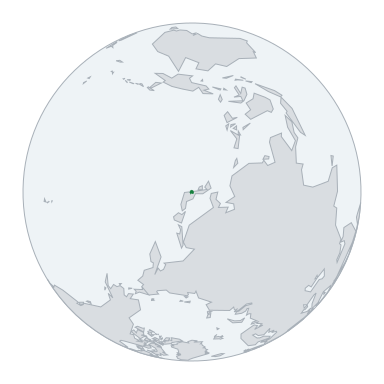 the Earth from above Aichi, rotated 181°
{"feature_id": "JPN-1840", "entity_name": "Aichi", "entity_type": "Prefecture", "adm_level": 1, "iso_a3": "JPN", "parent_name": "Japan", "parent_adm1": "", "projection": "orthographic", "projection_center": [137.132, 34.981], "detail": "fine", "context": "on_globe", "style": "filled", "palette": "green", "viewbox_px": 384, "rotation_deg": 181, "n_neighbors": 0, "source": "natural_earth", "source_scale": "10m", "svg_char_len": 11834}
<svg xmlns="http://www.w3.org/2000/svg" viewBox="0 0 384 384"><g transform="rotate(181 192 192)"><circle cx="192" cy="192" r="169" fill="#eef3f6" stroke="#a8b0b8"/><path d="M302.5,298.5L302.4,299.3L302.2,299.5L302.5,298.5ZM330.3,94.9L328.5,93.5L332.2,97.8L335.2,102.4L334.4,101.4L332.6,98.5L328.4,94.7L327.9,96.5L319.4,91.6L303.5,79.6L305.2,78.8L301.2,76.5L298.8,77.5L298.2,78.9L281.2,75.5L271.7,82.7L274.0,89.2L269.3,84.8L277.2,100.6L275.5,109.2L274.2,97.0L271.6,93.9L268.8,98.2L265.4,96.1L262.2,97.1L258.5,94.3L258.0,87.9L255.6,86.1L253.7,89.3L248.9,88.9L251.9,84.3L243.7,83.2L241.4,73.3L252.7,65.1L248.3,58.8L251.4,49.1L247.9,48.3L246.8,44.8L242.4,42.7L244.3,41.9L239.1,41.1L238.3,42.3L235.8,42.4L233.1,41.4L235.0,40.1L236.6,40.4L235.8,39.5L237.8,39.3L235.3,38.9L237.9,37.6L231.4,37.5L230.1,35.4L232.9,35.0L237.8,36.8L256.2,41.6L260.5,42.5L261.7,41.6L253.3,35.6L255.9,36.2L255.8,35.7L252.0,34.3L250.8,34.3L243.7,32.1L243.0,32.8L240.0,32.2L237.3,32.7L232.2,30.8L228.8,29.0L230.8,28.7L229.3,28.0L222.9,27.2L222.4,26.0L216.7,24.9L229.0,27.1L241.0,30.3L252.8,34.4L264.3,39.3L275.3,45.0L285.9,51.6L296.0,58.9L305.6,66.9L314.5,75.6L322.7,85.0L330.3,94.9ZM339.3,182.7L337.9,179.5L339.7,179.9L339.3,182.7ZM336.4,178.8L337.0,179.6L336.3,179.1L336.4,178.8ZM335.5,179.2L336.1,178.9L335.5,179.6L335.5,179.2ZM334.4,180.2L334.9,179.5L334.4,180.2ZM332.2,180.6L331.6,180.7L332.0,179.7L332.2,180.6ZM298.5,79.9L299.1,77.8L302.4,77.9L302.4,79.8L298.5,79.9ZM291.7,80.6L291.0,78.7L295.6,80.9L294.5,81.3L291.7,80.6ZM276.4,94.6L277.5,92.3L277.5,95.4L276.4,94.6ZM262.4,97.8L263.1,99.2L261.1,99.2L262.4,97.8ZM240.3,33.7L238.8,33.2L240.1,33.3L240.3,33.7ZM240.4,34.5L242.9,35.0L243.4,35.5L241.8,35.2L240.4,34.5ZM253.6,95.0L250.1,94.7L253.6,93.8L253.6,95.0ZM237.3,33.7L243.9,36.3L244.6,37.2L239.4,36.7L237.3,33.7ZM248.1,93.8L239.7,93.6L240.6,96.6L233.3,88.3L242.8,91.0L246.9,89.3L246.1,91.8L248.1,93.8ZM239.2,43.1L240.0,41.8L241.8,43.8L239.2,43.1ZM241.0,44.4L250.3,51.3L247.8,53.1L245.2,50.2L244.0,53.5L238.2,50.9L237.6,48.6L240.3,47.9L236.0,47.5L241.0,44.4ZM230.5,83.9L228.5,83.1L230.6,82.8L230.5,83.9ZM234.9,42.6L237.0,43.7L235.0,45.3L230.5,43.4L232.6,43.4L234.9,42.6ZM246.5,55.8L244.2,56.8L238.9,54.9L237.3,55.1L237.9,51.1L246.5,55.8ZM231.7,42.6L228.2,42.4L226.7,40.9L232.8,41.7L231.7,42.6ZM236.4,46.5L235.3,47.2L234.4,46.2L236.4,46.5ZM219.5,35.9L222.0,36.9L221.2,37.7L219.5,35.9ZM227.0,42.4L227.6,43.0L227.5,43.5L225.0,43.1L227.0,42.4ZM234.1,50.1L232.4,49.3L233.6,51.7L229.7,50.6L230.8,48.2L228.7,48.8L227.5,48.5L229.7,46.9L234.1,50.1ZM222.3,44.3L222.4,41.3L217.8,39.1L218.4,38.2L225.6,41.9L222.3,44.3ZM226.5,45.9L224.0,44.7L226.0,44.1L228.9,44.6L226.5,45.9ZM226.6,50.8L232.4,53.1L231.9,53.6L226.6,50.8ZM220.6,43.8L220.6,44.6L220.1,43.7L220.6,43.8ZM224.3,48.7L226.4,49.4L225.9,49.9L224.3,48.7ZM219.0,45.6L219.0,44.6L220.9,44.8L219.0,45.6ZM221.1,47.1L219.9,47.7L221.6,45.5L222.1,47.3L221.1,47.1ZM223.5,49.1L223.8,49.6L222.7,48.8L223.5,49.1ZM211.5,45.6L213.3,42.8L217.6,43.2L215.3,45.8L211.5,45.6ZM63.8,82.0L64.0,81.8L54.2,95.0L51.0,101.6L58.9,94.6L64.2,83.4L70.2,77.3L70.0,82.4L66.1,93.2L68.3,91.2L75.0,81.3L78.5,81.2L77.8,77.8L74.9,81.1L74.4,79.3L77.1,76.3L78.2,76.2L80.6,72.7L74.7,74.6L71.1,78.1L74.7,71.9L69.0,77.4L68.4,77.3L77.9,68.2L80.2,66.4L94.2,55.1L92.0,56.2L78.7,67.2L80.9,65.0L77.9,67.4L82.0,63.9L97.1,52.3L100.8,49.8L120.0,39.2L122.9,37.8L118.4,40.0L120.5,39.0L116.5,41.2L117.1,42.1L114.0,44.4L120.3,42.9L119.5,44.1L116.0,44.5L111.9,46.4L104.8,53.4L105.2,54.2L109.9,52.9L107.4,55.3L112.8,53.1L111.7,57.1L117.6,50.6L123.3,49.6L125.9,51.3L128.9,50.0L124.5,47.2L121.8,47.3L117.8,49.1L111.4,49.1L112.6,47.2L123.3,43.3L126.0,40.4L133.1,39.3L140.5,46.4L140.5,50.8L127.6,60.2L124.1,59.5L127.0,55.7L118.7,60.2L122.0,59.3L119.9,61.6L124.8,61.7L123.6,63.3L130.4,60.9L129.4,62.9L125.1,64.4L131.5,66.9L131.0,71.3L133.1,71.2L135.4,69.8L133.3,76.7L134.9,76.4L136.2,73.9L140.2,71.6L146.6,70.5L145.5,73.0L143.1,73.7L136.4,79.2L130.1,81.1L130.3,82.1L135.5,81.0L143.7,74.3L147.8,72.9L144.4,76.3L145.9,74.9L147.6,75.1L148.3,77.7L152.3,74.2L172.5,74.1L175.9,79.6L170.6,82.2L183.6,86.2L186.3,93.0L187.5,90.6L194.6,91.4L193.8,89.3L194.9,88.2L212.6,90.7L216.0,93.5L224.9,92.7L225.6,91.6L223.6,89.4L233.3,88.3L240.6,96.6L238.8,98.6L244.6,102.8L239.8,107.1L238.4,112.9L229.7,115.8L229.4,120.5L231.8,121.7L233.1,129.3L227.8,141.8L221.8,126.5L227.8,108.8L224.5,115.3L222.2,112.5L219.1,114.1L217.0,119.0L218.7,120.4L199.7,122.9L188.6,134.9L196.8,136.3L199.7,141.7L194.2,158.8L170.3,176.9L173.9,186.0L172.7,190.9L166.2,192.4L167.9,185.1L163.4,181.0L165.3,177.0L155.6,177.5L157.9,171.8L149.2,175.4L150.1,180.9L157.8,182.2L149.2,188.3L154.2,198.8L152.3,208.8L135.6,221.6L122.2,222.3L120.8,225.0L116.8,219.8L109.5,223.2L115.4,243.2L114.5,247.8L103.5,252.5L103.7,249.0L93.0,235.1L89.5,245.2L97.5,258.4L100.2,270.2L93.4,263.9L90.9,253.2L87.1,248.0L89.2,239.0L88.2,222.7L81.4,221.9L82.9,216.2L80.5,200.8L71.3,199.0L56.0,205.1L52.2,218.6L47.7,221.4L46.5,195.3L50.0,180.4L47.0,178.5L47.9,161.4L42.2,147.4L43.6,142.9L42.1,141.7L43.1,133.8L46.1,126.8L45.7,124.1L38.2,142.8L38.9,146.0L42.6,144.4L40.1,150.1L39.5,159.1L32.2,164.1L27.5,155.7L30.7,144.8L46.4,108.4L48.0,106.3L48.3,106.0L48.7,105.4L46.3,108.1L50.3,101.8L37.9,124.1L34.1,132.4L27.3,156.0L27.1,156.5L26.0,162.7L27.1,169.7L26.3,172.9L23.5,182.8L23.2,184.5L24.2,172.1L26.1,159.8L29.0,147.6L32.7,135.7L37.3,124.1L42.7,112.9L49.0,102.1L56.0,91.8L63.8,82.0ZM58.2,110.3L58.4,117.4L64.9,108.8L65.5,110.9L67.5,107.4L65.4,108.2L71.2,99.2L73.7,100.7L77.1,97.8L77.2,95.3L71.7,94.2L63.3,106.7L60.4,107.5L58.2,110.3ZM136.2,33.2L132.8,34.5L131.3,34.7L135.3,32.9L137.5,32.4L136.2,33.2ZM128.2,36.3L137.7,33.7L135.6,35.1L135.2,34.7L132.9,35.9L131.5,35.6L120.2,40.0L118.2,40.6L126.7,36.2L125.1,37.1L128.5,35.7L128.2,36.3ZM165.7,28.1L169.8,28.0L159.9,31.0L157.3,30.9L161.1,28.7L166.5,27.7L165.7,28.1ZM226.7,32.8L228.9,33.3L228.4,33.5L226.1,33.3L226.7,32.8ZM220.7,36.2L216.5,31.2L218.8,31.4L213.6,28.7L217.6,28.3L220.9,30.0L220.1,27.9L224.7,29.3L223.4,28.0L230.3,31.7L234.3,33.2L228.2,31.6L224.4,31.8L224.0,32.4L225.8,35.2L232.6,38.9L229.9,40.1L226.2,40.0L224.1,39.3L226.5,38.7L222.0,38.2L224.0,36.7L220.7,36.2ZM184.0,43.3L187.6,41.9L179.0,42.5L180.8,40.4L179.7,40.6L179.0,38.9L176.3,37.3L177.9,36.4L176.1,36.2L175.6,35.2L173.8,34.7L176.0,33.1L173.8,32.5L176.1,32.1L171.8,31.5L176.0,31.3L175.8,30.3L171.9,31.0L188.3,25.9L191.9,24.5L192.8,23.7L199.7,24.1L203.4,25.4L204.6,27.5L200.1,29.1L204.1,29.2L203.1,30.1L200.3,29.6L203.9,30.9L202.4,31.5L203.4,34.6L209.6,36.6L210.1,38.0L207.0,37.6L209.7,39.3L204.1,39.5L204.3,40.6L199.0,42.1L192.7,41.0L193.5,42.3L189.5,43.8L184.0,43.3ZM209.9,45.9L201.9,44.6L199.1,43.0L209.5,41.1L210.1,40.1L216.7,39.3L220.7,41.8L218.5,41.8L217.2,42.4L216.4,41.3L216.1,42.6L213.0,42.7L211.9,43.8L209.6,43.0L209.9,45.9ZM80.7,64.9L79.0,66.4L77.6,67.7L80.7,64.9ZM94.3,54.2L92.0,55.8L94.3,54.2L94.3,54.2ZM115.4,45.3L114.6,46.3L113.3,46.8L112.3,46.8L115.4,45.3ZM158.6,46.2L161.2,45.3L161.7,45.7L167.7,45.4L166.8,47.2L162.8,48.1L158.6,46.2ZM58.0,94.2L57.1,93.9L58.4,92.0L58.5,92.5L58.0,94.2ZM66.1,79.9L62.8,84.2L65.6,80.4L66.1,79.9ZM158.6,48.1L161.2,47.7L159.1,48.9L158.6,48.1ZM166.4,48.6L164.5,50.0L167.3,47.4L166.4,48.6ZM140.1,305.7L145.1,307.5L145.0,308.0L140.1,305.7ZM134.7,302.4L140.4,304.0L133.9,303.4L134.7,302.4ZM142.6,304.6L148.4,304.9L150.9,304.5L150.5,305.6L142.6,304.6ZM130.9,301.4L111.2,294.8L103.7,290.3L105.2,288.7L117.4,293.8L130.9,301.4ZM104.6,288.4L93.4,277.3L79.8,250.6L84.6,253.6L99.3,272.7L98.3,274.3L105.0,282.3L104.6,288.4ZM132.6,286.3L131.6,291.9L120.6,288.0L115.6,285.4L112.2,276.4L114.1,273.0L118.1,274.6L134.6,265.7L140.2,270.7L134.8,275.2L139.4,281.9L132.6,286.3ZM52.4,220.4L53.7,230.9L51.4,230.4L52.4,220.4ZM142.2,257.5L134.9,261.9L141.9,255.2L142.2,257.5ZM146.8,250.4L146.8,253.8L144.5,249.9L146.8,250.4ZM119.8,229.6L115.6,228.8L115.9,226.4L121.6,226.0L119.8,229.6ZM150.8,217.2L149.2,224.2L147.8,226.4L146.7,221.6L150.8,217.2ZM154.5,65.8L147.2,63.9L141.4,64.3L137.1,67.1L140.0,62.6L149.0,61.9L154.5,65.8ZM170.4,72.7L174.1,70.6L174.6,72.4L173.8,73.1L170.4,72.7ZM171.1,70.8L171.6,66.8L175.1,66.3L174.0,69.5L171.1,70.8ZM164.8,56.6L162.7,55.8L164.4,54.8L164.8,56.6ZM265.1,342.7L268.0,341.8L263.5,344.5L256.9,347.6L249.6,350.3L265.1,342.7ZM211.0,356.7L209.0,355.1L216.7,354.5L215.0,356.1L211.0,356.7ZM269.9,340.0L273.9,337.1L273.6,335.0L275.2,336.3L280.4,334.2L269.9,341.0L269.9,340.0ZM177.4,346.5L146.7,346.4L139.4,344.0L140.0,342.1L130.8,332.5L133.1,333.3L130.0,327.1L147.4,326.2L159.5,318.1L170.7,320.5L178.2,313.4L190.2,315.2L187.4,321.4L200.7,326.3L207.6,312.4L217.7,327.4L228.7,331.8L234.2,339.2L221.9,351.1L213.0,353.5L210.3,352.7L206.9,353.8L200.1,353.4L194.6,350.1L191.3,351.0L193.7,348.5L189.2,350.6L184.9,348.1L177.4,346.5ZM263.8,320.7L266.0,320.6L270.2,321.9L266.5,322.4L263.8,320.7ZM296.8,303.6L298.2,304.1L295.7,305.4L296.8,303.6ZM302.2,299.5L299.2,301.2L302.5,298.5L302.2,299.5ZM273.5,310.5L274.8,311.1L273.9,311.6L273.5,310.5ZM272.5,310.4L273.6,308.8L273.7,310.2L272.5,310.4ZM261.0,304.5L262.2,303.5L262.8,304.0L261.0,304.5ZM152.7,309.2L159.6,306.3L163.6,306.6L152.7,309.2ZM259.0,303.1L255.8,303.4L256.0,302.5L259.0,303.1ZM259.0,301.1L258.5,300.0L260.8,302.5L259.0,301.1ZM252.7,299.2L256.7,300.9L252.3,299.5L252.7,299.2ZM250.4,299.7L247.6,299.1L247.8,298.7L250.4,299.7ZM220.7,303.0L230.9,310.0L223.1,310.0L214.2,305.5L208.0,309.6L193.4,308.1L196.5,305.7L194.3,301.4L179.8,298.3L176.9,295.2L181.9,294.0L172.5,290.5L182.7,290.6L187.1,296.8L192.9,292.9L203.4,294.8L213.9,297.2L222.7,301.4L220.7,303.0ZM183.2,303.0L184.9,303.2L183.4,304.7L183.2,303.0ZM242.3,296.5L246.3,298.8L245.9,299.5L244.0,299.3L242.3,296.5ZM224.6,300.4L233.9,295.6L236.2,295.6L230.1,301.0L224.6,300.4ZM231.5,292.7L236.0,293.2L238.5,295.7L237.5,296.4L231.5,292.7ZM162.3,294.8L162.0,296.3L159.4,294.6L162.3,294.8ZM165.6,294.4L173.5,297.4L164.9,295.6L165.6,294.4ZM142.7,284.1L144.9,288.4L151.7,287.6L146.5,289.8L151.4,297.0L149.9,298.9L145.0,291.3L143.7,297.7L140.7,296.8L138.8,290.6L141.7,284.1L144.7,281.8L157.2,283.3L142.7,284.1ZM165.5,289.8L163.4,285.0L165.0,282.3L167.2,285.1L165.5,289.8ZM157.8,272.9L152.9,266.4L148.0,267.4L158.2,262.0L161.2,269.1L157.8,272.9ZM154.2,260.1L149.6,261.0L154.6,257.6L154.2,260.1ZM148.6,258.9L148.5,254.9L151.9,256.3L148.6,258.9ZM156.5,260.8L158.0,254.5L159.4,258.7L156.5,260.8ZM148.1,245.9L154.7,254.1L145.4,249.0L146.7,236.2L150.8,236.9L148.1,245.9ZM181.8,198.5L181.7,194.5L185.9,194.4L184.8,197.1L181.8,198.5ZM199.5,191.4L187.0,193.1L177.0,194.8L179.3,197.1L175.7,203.1L173.0,196.2L181.2,190.4L188.5,190.4L191.0,185.1L197.3,182.4L198.2,175.5L201.4,173.0L202.9,179.4L199.5,191.4ZM198.2,172.5L202.0,160.8L209.2,163.7L210.0,166.9L205.2,171.0L201.7,169.2L198.2,172.5ZM205.0,158.9L201.6,157.1L200.0,138.7L201.5,135.7L206.5,150.6L203.6,149.8L202.7,154.0L205.0,158.9ZM228.3,84.5L228.4,83.2L229.7,84.6L228.3,84.5ZM194.3,87.0L196.0,85.9L197.5,87.3L194.3,87.0ZM201.6,83.5L198.8,82.7L202.2,82.5L201.6,83.5ZM192.3,81.2L197.8,81.9L191.9,82.8L192.3,81.2Z" fill="#d9dde1" stroke="#a8b0b8" stroke-width="1"/><path d="M192.8,192.9L192.7,192.9L192.5,193.0L192.0,193.2L191.9,193.1L191.7,193.2L191.8,193.1L191.9,192.9L191.9,193.0L192.0,193.0L192.2,192.9L192.3,192.8L192.4,192.7L192.4,192.8L192.5,192.8L192.4,192.7L192.5,192.7L192.4,192.5L192.2,192.5L191.9,192.6L191.7,192.6L191.6,192.4L191.6,192.2L191.6,192.3L191.5,192.5L191.6,192.8L191.4,192.7L191.4,192.4L191.2,192.2L191.3,192.1L191.3,191.9L191.4,191.7L191.3,191.8L191.3,191.7L191.3,191.8L191.2,191.9L191.0,191.7L190.9,191.6L190.9,191.3L190.9,191.2L191.0,191.1L191.1,190.9L191.3,190.9L191.5,190.9L191.8,191.0L192.0,191.1L192.3,191.2L192.5,191.2L192.6,191.3L192.8,191.3L192.9,191.2L193.0,191.1L193.0,191.3L193.3,191.3L193.5,191.4L193.6,191.5L193.5,191.8L193.4,191.9L193.3,192.1L193.2,192.2L193.2,192.3L192.9,192.5L192.8,192.8L192.8,192.9ZM191.2,192.3L191.3,192.4L191.2,192.4L191.2,192.3Z" fill="#22c55e" stroke="#15803d" stroke-width="1.5"/></g></svg>